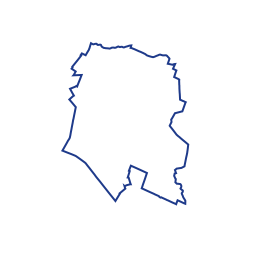 Peciu Nou, Timis, Romania (Equal Earth projection), rotated 246°
{"feature_id": "2599482B53366804406039", "entity_name": "Peciu Nou", "entity_type": "district", "adm_level": 2, "iso_a3": "ROU", "parent_name": "Romania", "parent_adm1": "Timis", "projection": "equal_earth", "projection_center": [21.009, 45.622], "detail": "fine", "context": "isolated", "style": "outline", "palette": "blue", "viewbox_px": 256, "rotation_deg": 246, "n_neighbors": 0, "source": "geoboundaries", "source_scale": "gbopen_adm2", "svg_char_len": 4914}
<svg xmlns="http://www.w3.org/2000/svg" viewBox="0 0 256 256"><g transform="rotate(246 128 128)"><path d="M202.1,164.6L202.2,164.3L202.5,163.4L202.7,162.5L202.9,160.5L203.2,158.5L203.2,157.6L203.3,157.0L203.5,156.6L204.1,156.0L204.5,155.7L204.8,155.2L205.0,154.7L205.1,153.9L205.3,153.4L205.7,152.9L206.2,152.6L206.4,152.2L206.5,151.4L206.4,150.4L206.4,149.6L206.5,149.0L206.7,148.4L207.2,147.8L207.4,147.3L207.7,146.7L207.9,146.1L208.0,145.5L207.9,144.9L207.9,144.3L208.0,143.7L208.1,143.3L208.5,142.8L209.0,141.9L209.5,141.0L210.0,140.0L210.6,139.2L211.0,138.5L211.9,137.8L212.4,137.5L212.8,137.2L213.1,137.1L213.4,137.0L213.9,137.1L214.4,137.1L214.7,137.1L215.1,136.9L215.4,136.6L215.5,136.3L215.8,135.4L216.0,134.6L216.2,134.2L216.5,133.9L216.8,133.8L217.3,133.7L217.6,133.6L217.8,133.4L218.1,132.7L218.3,131.9L218.4,131.0L218.5,130.4L218.7,130.1L219.5,129.4L220.5,128.7L219.2,127.5L218.5,126.9L216.4,125.1L216.2,124.8L215.4,124.1L214.3,122.5L212.8,120.4L211.7,118.9L214.9,116.2L213.8,114.4L213.2,114.7L213.0,114.3L210.9,110.4L206.6,102.0L205.9,102.0L205.1,100.6L202.7,102.1L200.9,103.2L199.9,101.9L198.5,100.0L198.3,99.6L197.2,102.4L195.3,107.2L195.2,107.1L191.3,103.2L189.2,101.0L186.8,98.6L186.6,98.4L187.4,97.9L187.3,97.4L187.2,97.0L187.2,96.0L187.4,91.0L182.4,91.4L181.7,91.5L179.6,91.7L179.6,91.2L179.2,90.1L179.1,89.6L178.5,87.8L178.0,86.3L177.9,86.0L173.9,87.2L173.2,87.4L168.9,88.6L168.6,88.7L168.3,88.8L165.5,86.8L164.9,86.4L162.1,84.4L158.4,81.8L157.7,81.2L154.7,79.2L154.3,78.9L151.0,76.6L150.1,76.0L148.4,74.8L147.7,74.3L145.6,72.9L144.7,72.3L143.9,71.7L143.5,71.4L142.8,70.9L141.9,69.8L140.7,67.9L139.3,66.1L137.3,63.4L134.0,58.9L130.3,62.5L127.1,65.7L123.8,68.8L122.7,69.5L121.2,70.4L118.8,71.8L116.9,72.9L115.5,73.7L113.9,74.6L113.0,75.0L111.3,75.4L110.5,75.6L108.9,76.0L107.8,76.3L103.7,77.3L99.7,78.3L99.4,78.4L98.4,78.6L96.5,79.0L94.6,79.5L90.6,80.6L84.6,82.1L76.4,84.2L72.6,85.2L70.3,85.8L66.4,86.8L69.4,91.1L71.3,93.9L71.7,93.8L72.6,97.0L73.0,98.4L73.7,100.9L74.4,100.9L76.5,101.2L76.3,101.3L76.2,101.3L76.2,102.1L76.3,103.0L76.3,103.3L76.2,104.1L76.0,105.2L75.8,106.5L75.7,107.1L75.6,107.4L75.5,107.6L77.0,107.7L79.1,108.0L81.5,108.3L82.2,108.4L82.4,108.4L82.9,107.6L83.3,108.0L84.9,109.4L87.9,112.0L88.5,111.4L89.9,112.8L92.4,115.3L91.5,116.1L88.4,118.9L84.8,122.1L79.2,127.0L74.3,122.5L72.4,120.7L70.3,118.7L68.5,117.1L67.3,116.0L66.2,117.0L60.4,122.1L57.3,124.9L56.4,125.6L53.3,128.4L53.1,128.5L52.8,128.6L52.6,128.6L52.4,128.6L51.3,129.3L51.2,129.4L51.2,129.6L51.2,129.8L51.2,130.1L50.4,130.8L47.0,133.8L46.2,134.4L45.8,134.9L45.2,135.4L41.5,138.6L39.2,140.7L38.8,141.0L39.7,141.8L41.8,143.9L39.9,145.6L37.1,148.0L36.4,148.6L35.5,149.5L36.5,150.0L37.8,150.6L38.3,150.8L39.3,150.7L40.7,150.5L41.0,150.4L41.6,150.4L42.2,150.3L42.8,150.3L43.3,150.4L43.9,150.4L44.6,150.4L45.7,150.4L46.1,150.4L46.4,150.5L46.6,150.6L47.0,151.3L47.4,152.0L48.3,152.6L48.6,152.6L50.1,151.8L50.6,151.5L51.3,151.3L51.5,151.5L51.8,151.9L52.4,152.6L52.7,152.8L53.2,153.1L53.8,153.2L54.9,153.2L55.4,153.0L55.7,152.7L56.2,151.8L56.7,151.1L57.2,150.0L59.1,149.2L60.6,150.1L61.9,150.9L62.4,150.7L65.0,150.7L65.5,150.7L67.4,152.1L67.2,153.5L67.3,153.5L70.5,153.8L70.7,154.6L71.1,155.9L70.4,158.5L69.8,160.6L69.9,162.1L70.0,164.0L71.8,165.2L72.9,166.0L74.9,167.4L77.3,169.1L78.9,170.3L79.7,170.9L80.6,171.5L81.2,172.0L81.8,172.3L83.2,173.2L85.0,174.3L88.4,176.3L91.5,174.8L95.1,173.0L97.6,171.8L98.8,171.3L100.0,170.6L100.7,170.3L101.3,170.0L101.8,169.8L102.3,169.6L104.5,169.1L105.3,168.9L105.9,168.8L106.2,168.7L107.9,168.3L110.3,167.7L112.9,167.0L113.1,167.0L113.7,167.7L115.8,170.2L118.1,170.9L118.7,171.9L120.0,173.7L121.8,176.1L122.4,176.9L122.2,178.0L121.5,182.2L121.3,183.4L121.1,184.4L122.1,185.4L123.7,186.9L127.9,190.9L128.1,191.2L128.8,190.6L130.0,189.6L130.3,189.2L131.6,188.1L132.7,187.1L137.9,189.1L139.4,189.6L143.1,191.0L145.9,192.2L146.6,192.4L151.0,194.2L151.1,194.4L151.4,194.5L152.3,193.9L155.8,190.9L160.2,194.9L160.9,195.6L163.8,193.2L167.3,197.1L167.4,196.8L167.4,196.6L167.6,196.1L167.6,195.9L167.6,195.7L167.7,195.3L167.6,195.2L167.6,194.9L167.6,194.7L167.7,194.3L167.8,194.2L168.2,193.7L168.5,193.2L168.8,192.9L169.7,191.6L170.5,190.5L174.2,193.9L174.5,194.1L175.3,193.9L177.4,193.2L177.7,193.1L178.1,193.0L178.5,192.7L178.8,192.5L179.1,192.0L179.3,191.5L179.9,190.0L180.0,189.7L180.2,189.4L180.3,189.2L180.8,188.6L182.0,187.2L182.2,186.5L182.2,184.8L182.3,183.5L182.3,182.2L182.3,181.9L182.3,181.2L182.4,180.4L182.4,180.1L182.5,180.0L182.6,179.7L182.7,179.4L182.9,179.2L183.1,178.9L183.3,178.6L184.2,177.5L184.6,177.1L184.7,176.9L184.9,176.6L185.3,176.3L185.6,175.9L185.9,175.6L186.8,174.7L187.2,174.5L187.6,174.3L188.2,174.0L188.7,173.7L189.6,172.9L190.5,172.2L190.9,171.8L192.3,170.6L193.0,169.9L194.0,168.9L194.6,168.4L195.4,167.7L195.8,167.3L196.3,166.9L197.6,165.7L198.7,164.6L199.8,163.6L199.9,163.4L200.1,163.0L202.1,164.6Z" fill="none" stroke="#1e3a8a" stroke-width="2"/></g></svg>